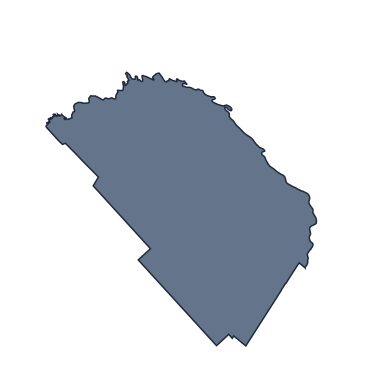 Bārtas pag., Grobinas, Latvia (Natural Earth projection), rotated 228°
{"feature_id": "27541924B34143831895881", "entity_name": "Bārtas pag.", "entity_type": "district", "adm_level": 2, "iso_a3": "LVA", "parent_name": "Latvia", "parent_adm1": "Grobinas", "projection": "natural_earth1", "projection_center": [21.383, 56.376], "detail": "fine", "context": "isolated", "style": "filled", "palette": "slate", "viewbox_px": 384, "rotation_deg": 228, "n_neighbors": 0, "source": "geoboundaries", "source_scale": "gbopen_adm2", "svg_char_len": 6054}
<svg xmlns="http://www.w3.org/2000/svg" viewBox="0 0 384 384"><g transform="rotate(228 192 192)"><path d="M61.4,107.4L61.6,124.0L56.3,124.0L57.1,126.7L41.6,129.0L59.2,192.7L59.6,193.3L61.5,200.6L61.3,200.9L63.3,207.8L67.7,224.2L61.8,225.0L60.5,225.4L59.9,225.3L60.4,225.8L60.9,228.4L62.0,230.7L63.5,231.9L65.0,234.0L66.0,234.6L68.1,235.6L68.6,236.0L69.2,237.5L69.7,239.5L70.0,242.0L70.7,244.5L71.6,246.3L71.9,246.8L72.6,247.1L73.2,247.3L75.6,246.9L76.6,247.1L77.7,247.5L79.0,248.1L80.0,248.8L80.4,249.3L80.6,250.2L81.0,251.2L81.7,252.3L85.6,254.5L86.2,255.1L86.7,256.0L86.9,257.3L86.8,258.0L85.8,261.5L85.6,262.5L85.6,263.2L86.8,264.8L87.8,265.6L89.4,266.5L90.8,267.0L95.1,267.8L95.8,268.1L96.3,268.5L97.4,269.6L98.3,270.3L102.8,270.8L105.2,271.3L106.9,272.6L107.5,273.9L108.0,274.6L108.8,275.4L109.6,276.0L111.3,276.7L112.8,276.8L113.6,276.7L118.2,275.0L120.0,273.8L121.1,273.5L122.7,272.7L125.9,271.8L127.5,271.0L129.2,270.3L134.4,268.6L135.2,268.5L136.1,268.6L137.0,269.0L140.0,270.6L141.6,271.1L142.4,271.1L143.4,270.9L145.7,270.0L150.5,268.7L155.0,268.1L158.7,267.1L160.9,267.2L165.8,268.1L168.5,269.2L169.5,269.4L170.5,269.4L172.4,269.0L173.2,269.1L173.7,269.3L174.6,270.3L174.7,270.7L174.6,271.2L174.2,272.3L173.7,273.3L173.9,273.6L174.7,273.8L176.3,273.7L179.8,272.1L180.6,272.0L184.9,271.7L187.4,271.9L190.4,272.3L192.2,272.2L194.7,271.7L198.6,270.6L201.0,270.2L208.4,270.0L210.6,269.7L212.7,269.7L216.9,270.3L217.9,270.3L220.0,269.9L222.7,270.0L223.2,270.2L224.4,271.5L225.1,272.0L225.9,272.3L226.8,272.4L230.3,271.9L231.6,272.0L232.6,272.7L232.9,273.3L232.2,273.9L230.8,274.3L229.8,274.2L228.6,274.3L226.5,275.1L226.3,275.3L226.5,276.6L226.8,277.0L227.7,277.3L229.4,277.4L230.1,277.3L231.3,276.7L232.6,276.4L233.4,275.9L233.8,275.3L234.7,273.4L235.3,272.6L239.1,270.1L240.3,269.5L243.1,268.4L244.5,267.7L245.6,267.6L246.3,267.8L246.8,268.2L246.8,268.8L245.9,271.0L245.9,271.6L246.5,272.1L247.0,272.2L247.8,272.1L248.4,271.7L249.3,270.7L249.8,269.9L253.8,267.7L255.0,267.3L256.2,267.1L257.7,267.1L260.2,267.9L262.4,266.1L263.6,265.9L264.4,265.4L264.6,265.1L264.8,264.4L264.7,263.8L265.0,263.4L265.4,263.0L267.1,262.1L269.3,261.4L271.1,260.5L272.1,259.6L273.1,258.3L273.8,257.7L275.9,256.9L276.2,256.2L276.5,256.0L276.9,256.0L277.4,256.1L277.9,256.7L278.6,257.2L278.7,257.5L277.5,259.1L276.4,259.8L275.8,259.9L275.6,260.2L275.9,260.5L276.4,260.6L276.9,260.4L277.4,260.1L277.8,260.1L278.9,260.7L279.4,260.7L279.9,260.2L280.0,259.7L280.2,259.3L283.1,257.3L283.5,257.1L285.0,257.0L286.0,256.6L286.2,256.1L286.0,255.7L284.5,255.0L284.2,254.7L284.3,254.3L286.7,253.1L287.2,252.6L287.8,252.3L289.5,251.6L290.2,251.5L290.6,251.2L291.2,251.1L291.2,250.9L290.9,250.4L290.9,250.1L290.3,249.3L290.4,248.9L291.1,248.0L291.1,247.6L290.9,246.8L291.1,246.5L291.5,246.2L292.4,245.9L293.4,245.9L294.5,246.0L296.2,246.5L297.7,246.7L298.9,246.9L300.5,246.8L301.7,247.2L302.1,247.2L303.0,246.3L303.8,244.3L303.7,242.6L303.9,241.7L303.8,241.1L303.8,240.3L303.7,239.7L303.2,239.2L302.9,239.1L302.4,239.0L302.0,239.2L301.2,239.1L300.9,238.7L300.9,238.3L302.6,237.5L303.8,237.3L305.2,236.5L308.5,235.2L310.3,233.9L311.3,233.6L311.8,232.9L311.7,232.7L311.1,232.0L308.6,230.6L308.0,230.1L307.7,229.5L307.5,229.0L307.7,228.6L308.8,228.0L310.3,228.2L310.6,228.1L310.9,227.7L311.0,226.8L311.3,226.6L311.8,226.8L312.5,227.5L313.3,228.0L314.3,228.3L315.2,228.3L315.7,227.9L315.8,227.2L315.4,226.8L314.2,226.1L314.0,225.7L314.0,225.3L314.4,224.7L314.9,224.3L315.4,223.5L316.0,223.1L318.4,223.4L321.1,224.1L324.3,223.7L324.7,223.4L324.5,222.2L324.2,221.9L323.7,221.7L322.1,221.8L321.8,221.6L321.8,221.3L320.9,220.6L319.6,220.5L317.0,219.7L316.9,219.4L317.5,218.5L317.5,218.1L317.1,217.8L316.0,217.5L315.8,217.1L316.0,216.0L315.5,214.4L315.6,214.0L315.9,213.8L316.4,213.7L316.7,213.9L317.3,214.6L318.6,215.3L319.1,215.3L319.8,215.1L320.1,214.7L320.0,214.3L319.7,213.8L316.8,212.1L316.2,211.6L315.2,210.4L314.3,209.6L314.0,209.1L314.0,208.4L314.5,207.7L315.8,206.2L317.2,205.1L317.3,204.7L317.2,204.5L316.4,204.3L316.1,204.0L315.4,202.7L315.5,202.0L315.4,201.7L314.9,200.9L314.7,200.2L313.6,198.9L312.9,198.4L312.5,197.6L312.5,197.1L313.0,196.5L315.5,195.5L315.8,195.3L317.0,192.3L319.7,190.7L319.9,189.6L319.7,188.3L319.8,187.5L327.9,184.5L330.4,181.8L331.0,181.4L331.2,181.2L331.2,180.4L330.5,177.8L328.4,176.5L327.9,176.1L327.6,175.7L327.5,174.8L327.7,174.4L329.5,172.1L330.1,171.2L330.9,170.5L331.8,170.1L332.4,169.7L333.8,168.4L334.6,167.6L334.7,167.2L335.6,164.3L335.6,163.4L335.2,162.2L334.7,161.3L333.8,160.7L331.8,159.7L330.4,158.6L330.5,158.1L330.9,157.5L331.0,157.1L330.5,156.2L330.4,155.8L330.0,154.7L329.1,153.5L328.1,152.9L327.3,152.1L328.2,150.9L328.4,149.0L328.7,148.7L329.0,148.7L329.7,147.9L330.2,147.3L330.4,146.5L330.6,146.2L331.5,146.0L332.2,146.2L332.2,146.3L331.9,146.9L331.3,146.9L331.0,147.3L331.1,147.9L331.4,148.1L332.0,147.9L332.8,147.5L334.0,147.2L335.3,147.1L335.8,147.0L336.5,147.0L336.9,147.3L337.1,147.2L337.1,146.8L336.6,146.1L336.6,145.5L337.1,145.0L337.2,144.2L337.6,144.3L337.7,144.8L338.0,144.9L338.5,144.7L338.9,144.3L339.6,144.2L338.8,143.8L338.7,143.7L339.0,143.4L339.0,143.1L338.8,142.9L338.7,142.5L339.1,141.7L339.4,141.7L339.5,142.1L340.4,142.1L340.7,142.4L341.2,142.5L341.3,142.4L341.4,142.0L342.2,141.6L342.1,141.2L342.4,140.8L342.4,140.6L342.0,140.6L341.1,140.9L340.9,140.7L341.1,140.3L340.6,140.0L340.5,139.8L340.6,139.5L341.0,139.3L341.2,139.0L341.2,138.7L340.7,137.5L340.4,137.4L340.9,136.9L341.4,137.0L341.7,136.9L341.8,136.5L341.6,136.3L341.0,136.0L340.6,135.7L341.2,135.2L341.9,135.4L342.2,135.1L342.2,133.9L341.9,133.8L340.7,134.1L340.6,133.9L340.7,133.7L340.5,133.4L340.2,133.5L339.0,133.1L339.1,132.9L339.8,132.9L340.1,132.6L340.0,132.4L339.5,132.3L339.2,132.0L339.0,131.2L338.9,131.0L339.2,130.8L340.5,131.0L340.6,130.9L340.7,130.7L340.6,130.3L340.2,130.1L339.5,130.2L339.1,130.1L338.8,129.7L338.9,128.5L338.6,127.6L338.1,127.3L337.2,127.1L320.2,127.2L314.0,127.6L312.9,130.5L298.6,131.2L289.4,131.4L265.7,132.5L262.7,122.7L177.7,123.2L177.5,106.6L61.4,107.4Z" fill="#64748b" stroke="#1e293b" stroke-width="1.5"/></g></svg>